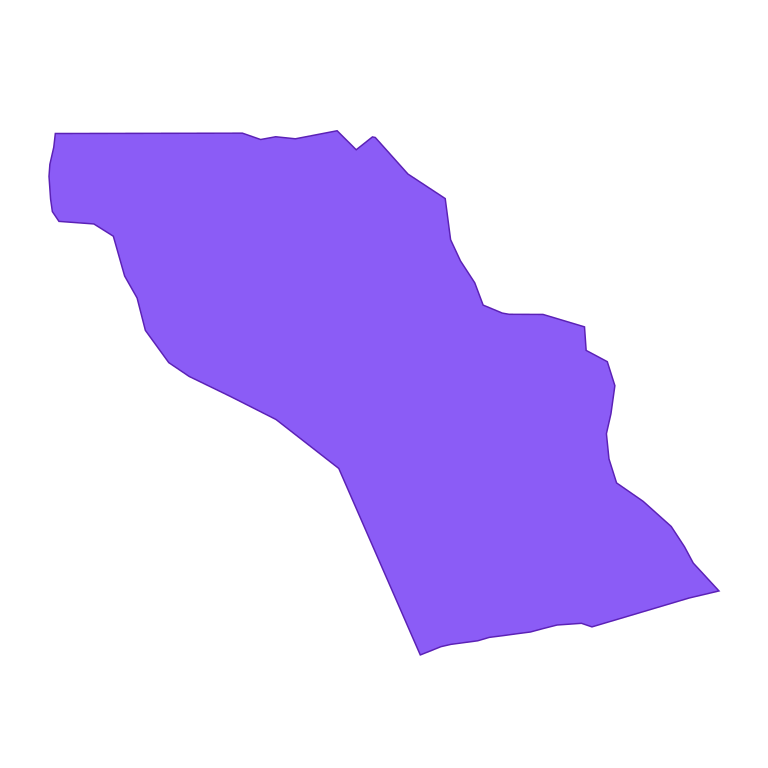 the district of Dalat, Sarawak, Malaysia, rotated 176°
{"feature_id": "92858781B41279548929635", "entity_name": "Dalat", "entity_type": "district", "adm_level": 2, "iso_a3": "MYS", "parent_name": "Malaysia", "parent_adm1": "Sarawak", "projection": "albers", "projection_center": [111.988, 2.703], "detail": "fine", "context": "isolated", "style": "filled", "palette": "violet", "viewbox_px": 768, "rotation_deg": 176, "n_neighbors": 0, "source": "geoboundaries", "source_scale": "gbopen_adm2", "svg_char_len": 935}
<svg xmlns="http://www.w3.org/2000/svg" viewBox="0 0 768 768"><g transform="rotate(176 384 384)"><path d="M378.3,631.3L395.4,619.6L413.1,639.9L455.3,634.8L474.8,638.2L490.0,636.5L507.7,644.1L694.4,656.8L696.9,643.3L702.0,626.4L703.7,614.5L703.7,603.6L703.7,591.7L702.8,579.1L696.9,568.9L662.3,563.9L643.7,550.3L635.2,509.8L624.3,487.0L618.3,454.1L597.2,420.3L577.8,405.1L538.1,382.3L494.2,356.1L435.0,302.9L366.7,111.2L366.3,111.3L345.5,118.0L335.4,119.6L308.4,121.3L296.6,123.9L282.2,124.7L268.7,125.6L255.2,126.4L242.5,128.9L228.2,131.5L213.8,131.5L203.7,131.5L193.5,127.2L94.7,149.2L64.3,154.2L88.0,183.8L95.6,200.7L107.4,221.8L133.6,248.8L158.9,269.1L164.8,293.6L165.6,318.9L159.7,338.4L153.8,366.2L159.7,390.7L180.0,403.4L180.0,427.0L220.5,442.3L254.3,444.8L261.1,446.5L279.6,455.8L286.4,478.6L299.1,501.4L307.5,523.3L310.0,564.7L345.5,591.8L375.5,630.5L378.3,631.3Z" fill="#8b5cf6" stroke="#5b21b6" stroke-width="1.5"/></g></svg>